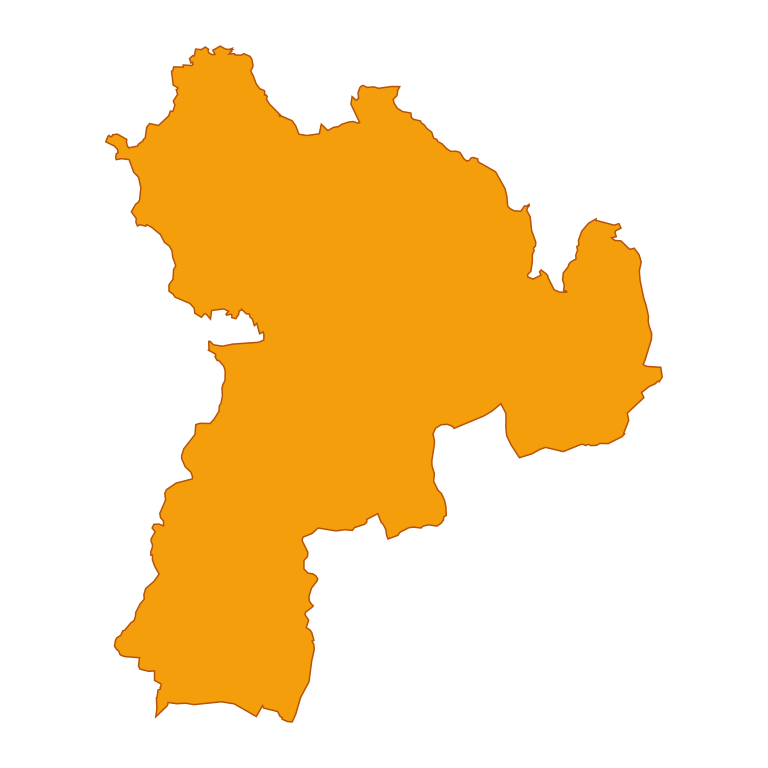 the district of Nuseni, Bistrita-Nasaud, Romania
{"feature_id": "2599482B99213724213185", "entity_name": "Nuseni", "entity_type": "district", "adm_level": 2, "iso_a3": "ROU", "parent_name": "Romania", "parent_adm1": "Bistrita-Nasaud", "projection": "orthographic", "projection_center": [24.151, 47.079], "detail": "fine", "context": "isolated", "style": "filled", "palette": "amber", "viewbox_px": 768, "rotation_deg": 0, "n_neighbors": 0, "source": "geoboundaries", "source_scale": "gbopen_adm2", "svg_char_len": 6065}
<svg xmlns="http://www.w3.org/2000/svg" viewBox="0 0 768 768"><path d="M446.3,515.5L445.9,506.7L444.6,500.6L441.7,494.0L437.8,489.9L433.6,481.2L434.4,473.8L432.0,465.7L431.8,461.0L434.4,444.2L434.4,440.4L433.0,434.0L435.5,428.3L441.2,424.7L447.4,424.3L452.8,426.5L454.0,428.4L484.1,415.8L492.1,411.0L500.9,403.7L506.0,413.6L505.9,428.3L506.7,435.7L510.9,444.6L519.4,457.7L531.8,453.9L540.2,449.2L545.6,447.4L563.2,451.6L580.5,444.6L582.8,444.3L585.5,445.5L588.3,444.4L591.2,445.6L596.6,445.3L599.8,443.4L608.3,443.6L622.1,436.6L624.6,433.9L623.7,433.4L628.7,420.4L627.3,413.1L643.9,397.6L641.5,392.6L649.3,386.4L655.4,383.7L657.5,381.4L659.2,381.8L662.2,377.1L660.8,367.3L648.3,366.5L645.4,366.0L643.1,364.4L645.0,360.3L651.4,339.4L651.7,333.7L649.1,325.9L648.2,321.2L648.5,316.6L646.2,305.7L643.7,298.0L640.1,280.5L639.3,270.8L641.2,262.2L639.1,254.8L634.2,248.2L629.7,249.4L621.0,240.9L614.7,240.4L611.5,237.8L616.3,236.7L615.0,232.5L615.5,230.9L621.0,228.1L618.9,223.6L614.3,225.2L596.0,220.4L596.1,218.9L588.8,223.0L584.8,227.6L581.7,231.3L578.5,240.2L578.7,245.3L576.7,246.7L577.6,250.1L575.8,255.1L576.0,259.0L570.6,262.0L568.8,264.3L568.1,266.8L563.3,272.9L562.6,279.6L564.3,285.3L563.6,290.5L566.6,291.3L566.5,292.2L559.5,292.1L554.1,289.7L548.2,278.0L547.9,276.1L546.2,273.8L541.1,270.0L539.5,271.9L541.0,275.2L533.0,279.1L527.8,276.9L527.6,274.6L530.9,271.2L532.3,261.8L532.4,254.2L534.2,250.8L533.4,248.3L535.5,246.0L535.8,242.2L531.6,230.5L530.2,216.9L526.8,210.5L527.4,207.6L529.2,206.0L529.1,204.4L526.5,206.2L524.5,205.9L520.8,211.2L514.2,210.8L510.0,208.6L507.7,206.1L506.9,196.7L505.0,188.6L495.6,171.8L479.2,162.5L477.7,161.1L477.8,158.9L473.3,157.5L471.1,157.9L469.2,160.5L466.6,160.9L463.8,158.7L460.0,152.4L456.0,151.2L450.8,151.4L446.6,148.6L442.0,143.8L438.1,141.8L436.7,139.3L433.7,138.3L431.7,132.2L426.8,128.4L424.3,125.0L421.2,122.7L420.5,121.0L413.4,119.3L411.3,117.3L410.9,113.0L402.7,111.6L397.4,108.4L394.2,103.3L393.2,99.3L396.9,95.7L397.8,90.3L399.8,86.6L391.6,86.5L378.6,88.3L373.9,86.9L367.3,87.4L363.0,85.5L361.6,85.9L359.9,87.6L358.1,92.4L358.5,98.5L356.1,100.2L352.1,96.6L350.9,104.1L359.7,122.6L358.6,123.1L352.8,121.5L348.8,122.0L341.7,124.3L338.4,126.6L333.5,127.4L327.8,130.5L321.3,124.2L319.3,133.8L306.9,135.5L298.9,134.2L295.7,125.8L292.1,120.7L281.0,115.9L279.9,116.4L279.2,115.4L280.2,114.9L269.5,104.1L266.4,99.1L267.3,96.7L266.1,94.9L264.5,95.0L264.8,91.9L264.2,90.5L259.7,88.7L256.3,84.0L253.0,75.2L250.6,71.0L252.6,67.5L253.0,65.3L251.8,59.0L249.9,56.3L243.9,53.7L240.8,55.2L235.1,54.9L234.4,53.7L229.0,54.0L231.7,51.3L230.9,50.6L232.8,49.5L231.9,49.1L232.3,48.4L228.8,49.5L225.4,49.0L220.2,46.1L212.8,50.3L215.0,54.4L212.3,54.7L208.9,52.9L208.0,50.8L208.6,49.3L205.3,47.0L201.3,49.6L195.6,49.1L194.3,56.0L192.9,55.6L189.5,58.5L191.0,63.0L192.5,62.3L193.1,64.2L191.7,65.5L183.2,65.0L183.2,67.1L173.7,66.9L172.9,70.4L171.5,71.3L173.2,85.1L177.9,87.8L177.6,89.0L176.2,89.5L177.6,94.4L173.3,101.0L174.9,105.2L172.9,111.4L170.3,111.1L168.7,115.9L158.4,125.5L149.6,123.5L146.7,127.3L145.2,138.0L143.3,139.5L143.2,140.6L138.2,144.4L137.6,146.1L128.6,147.8L127.1,145.3L126.4,141.6L126.8,139.4L117.3,134.1L112.6,134.8L111.7,136.6L110.4,136.7L109.1,135.4L107.9,136.3L105.8,141.8L114.5,146.1L117.5,149.4L118.1,152.9L116.3,153.6L115.7,157.3L116.2,159.6L121.7,158.7L129.1,159.6L133.6,172.0L138.5,177.2L140.9,187.9L139.6,199.8L138.5,202.1L135.6,204.3L131.3,211.8L136.2,218.4L136.0,222.7L137.5,226.0L140.0,224.7L145.8,226.2L146.6,224.6L151.7,227.3L160.4,234.5L164.4,242.2L169.6,246.3L172.0,250.8L172.7,257.2L175.8,265.8L173.6,269.4L173.0,279.1L168.9,285.0L169.0,291.2L173.2,294.3L175.0,297.1L189.8,303.4L194.1,307.9L194.8,313.2L201.4,317.3L204.8,313.6L206.3,314.2L210.5,319.1L211.6,310.5L223.7,308.9L228.6,311.3L226.0,314.1L226.6,315.2L230.8,314.2L231.8,314.8L231.8,317.6L235.9,318.7L238.7,314.3L239.2,310.8L241.0,310.4L241.6,309.1L246.1,313.7L249.4,314.2L250.1,317.1L252.4,319.1L254.4,325.7L256.8,323.3L259.6,333.8L263.1,332.1L263.9,334.4L263.8,340.0L258.5,342.3L232.7,344.1L222.5,346.2L213.4,344.8L210.1,341.3L208.7,341.4L209.0,349.2L208.4,350.2L215.1,353.8L215.9,355.2L215.0,356.8L217.3,360.6L218.9,360.5L223.7,366.1L225.2,370.7L225.0,380.5L222.8,384.7L222.0,388.1L222.4,396.0L220.9,403.6L219.3,405.8L219.0,411.2L214.0,419.3L210.1,423.5L200.0,423.3L195.8,424.6L195.0,434.5L183.8,448.8L181.6,455.7L181.7,458.8L185.3,466.9L191.1,472.4L192.5,477.0L192.3,478.9L176.1,483.1L166.5,489.6L164.8,493.3L165.6,500.0L159.8,513.4L160.5,517.6L163.5,521.1L163.5,525.9L159.1,524.1L153.9,524.3L152.1,528.0L155.2,531.8L151.2,538.8L151.0,541.1L152.4,544.5L152.5,546.8L150.8,552.0L150.7,555.1L152.4,555.1L152.5,560.2L154.9,566.6L159.1,574.1L153.9,581.4L145.7,588.5L143.9,594.6L144.2,599.3L140.2,603.7L135.8,612.4L135.4,616.6L134.0,620.7L130.9,622.8L124.7,630.2L122.7,630.9L120.8,635.3L116.8,637.8L115.5,640.3L114.5,646.1L116.4,649.2L118.9,651.3L119.9,654.3L121.2,655.4L124.9,656.6L139.5,657.7L138.5,665.8L139.9,669.1L148.6,671.3L154.5,670.9L154.5,680.4L161.1,684.0L161.0,686.2L160.1,687.5L160.4,689.1L158.0,690.0L157.1,697.1L156.4,697.8L156.9,708.7L155.8,716.8L166.5,706.5L167.6,705.2L168.1,702.5L176.7,703.7L185.7,703.2L193.8,704.6L221.4,701.8L234.1,703.8L256.3,716.5L262.5,705.6L263.7,708.1L277.6,711.5L280.2,716.7L282.1,717.4L282.1,719.2L287.7,721.6L292.2,721.9L295.7,714.3L300.7,697.2L309.0,681.8L311.7,660.9L314.2,649.6L313.9,644.8L312.1,641.1L313.9,640.3L311.8,632.7L310.0,630.0L306.2,627.6L308.7,620.3L305.1,614.8L305.1,613.6L305.7,612.2L313.0,606.4L313.1,605.5L311.5,604.3L309.3,600.7L309.0,596.3L311.5,588.1L317.1,580.9L317.7,578.9L315.9,575.9L313.0,573.9L308.0,573.1L303.9,568.9L304.0,560.4L307.4,556.7L307.8,553.7L307.7,552.0L302.0,540.3L303.0,537.1L312.1,533.5L318.1,528.0L336.0,530.9L345.2,529.7L352.4,530.4L354.5,527.6L364.7,524.2L366.8,522.1L366.8,519.4L377.7,513.7L381.2,522.4L383.3,524.5L385.9,529.8L386.5,534.7L388.0,539.0L397.9,535.3L400.3,532.0L409.0,527.7L413.5,527.1L421.0,528.0L422.9,526.2L428.7,524.8L436.9,526.1L440.8,523.5L443.3,520.4L443.9,516.7L446.3,515.5Z" fill="#f59e0b" stroke="#b45309" stroke-width="1.5"/></svg>